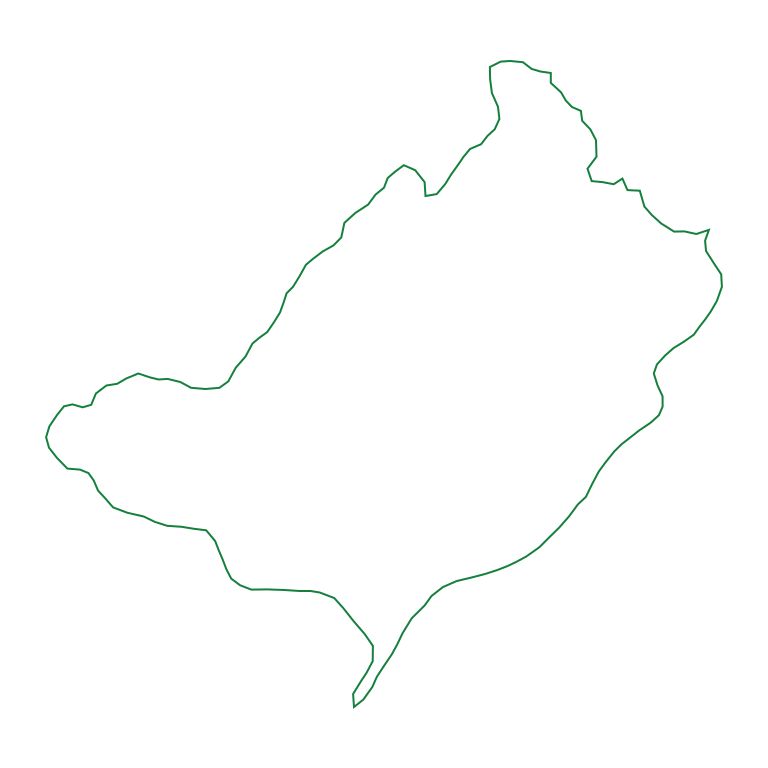 outline of Periquito, Minas Gerais, Brazil
{"feature_id": "56859067B61027947729377", "entity_name": "Periquito", "entity_type": "district", "adm_level": 2, "iso_a3": "BRA", "parent_name": "Brazil", "parent_adm1": "Minas Gerais", "projection": "albers", "projection_center": [-42.236, -19.085], "detail": "fine", "context": "isolated", "style": "outline", "palette": "green", "viewbox_px": 768, "rotation_deg": 0, "n_neighbors": 0, "source": "geoboundaries", "source_scale": "gbopen_adm2", "svg_char_len": 2260}
<svg xmlns="http://www.w3.org/2000/svg" viewBox="0 0 768 768"><path d="M67.4,468.6L80.0,469.6L88.5,473.1L93.8,480.6L98.0,490.5L105.0,498.1L113.1,507.4L127.5,512.8L143.7,516.5L154.9,521.9L167.2,525.8L181.6,526.8L193.4,528.7L206.2,530.3L215.2,541.1L218.5,549.7L222.7,559.6L226.4,569.3L231.2,578.6L240.0,585.2L251.3,589.6L267.3,589.4L284.3,590.0L299.7,591.0L310.5,591.0L319.7,592.5L334.2,598.0L343.2,608.0L353.4,620.9L364.8,634.2L372.9,645.9L372.7,661.2L366.6,672.7L361.0,681.2L353.1,694.0L354.0,707.0L363.3,699.6L372.3,687.0L376.9,676.7L384.1,665.7L391.9,654.2L397.3,644.3L402.4,633.5L411.7,618.3L424.6,605.5L431.5,596.0L442.9,587.1L456.5,581.1L471.1,577.6L484.7,574.1L497.4,570.0L507.4,566.1L515.9,562.1L526.1,556.6L539.3,547.3L549.8,536.8L559.1,527.7L569.1,516.3L577.9,504.4L585.9,496.9L592.2,483.9L598.8,471.5L605.7,462.1L614.2,451.5L621.7,444.1L629.2,438.3L638.8,430.7L650.5,422.8L658.9,415.2L662.6,406.7L662.6,396.4L657.5,385.3L653.8,373.5L656.9,364.5L665.0,355.6L673.5,348.1L683.9,341.7L693.8,334.7L699.5,326.7L705.0,319.7L710.7,311.6L716.8,301.1L721.9,286.8L721.2,274.3L714.0,263.5L706.0,250.9L705.1,240.6L708.9,229.9L696.3,234.0L684.5,231.4L674.1,231.6L661.2,223.5L651.9,215.1L644.4,206.6L639.8,190.7L627.5,190.1L622.4,178.6L613.7,184.2L602.5,182.1L591.7,181.1L587.5,168.7L596.5,156.7L596.0,140.2L590.3,129.3L582.2,120.8L580.9,110.9L571.9,107.0L565.7,100.4L561.1,92.4L550.8,82.9L550.8,73.0L540.4,71.5L531.6,68.9L522.9,62.2L510.3,61.0L500.7,61.6L489.9,67.0L490.1,79.0L491.9,93.0L498.0,106.8L499.4,119.0L494.7,129.3L487.5,135.9L481.1,144.2L470.1,148.9L463.7,156.6L458.5,164.2L451.0,174.7L445.1,184.2L436.7,194.1L425.5,196.0L424.6,182.1L415.2,170.2L403.8,165.2L394.9,171.8L387.7,178.0L384.0,187.7L375.6,194.5L368.1,204.6L355.4,212.9L344.4,222.8L341.3,237.4L333.6,245.3L322.8,251.4L312.9,258.9L305.9,264.8L299.8,275.8L293.1,286.7L286.6,293.3L283.7,302.2L280.0,312.5L274.0,322.2L267.2,332.1L259.7,337.5L252.4,343.6L245.6,356.4L235.7,367.8L228.3,381.4L219.4,387.8L205.6,389.0L191.1,387.8L180.3,382.0L167.6,378.9L158.6,379.5L150.0,377.4L138.3,373.5L126.2,378.5L117.2,383.8L106.4,385.5L95.9,393.5L91.2,404.8L82.7,407.3L72.5,404.4L64.0,406.3L57.1,414.9L49.4,426.3L46.1,437.2L49.0,447.7L56.9,457.8L67.4,468.6Z" fill="none" stroke="#15803d" stroke-width="2"/></svg>